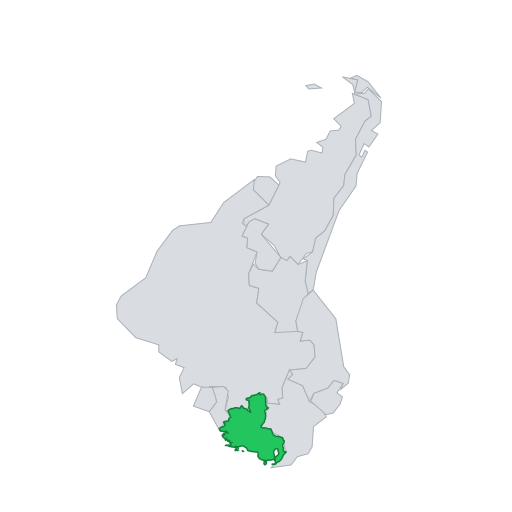 Venezuela on a map of South America (Robinson projection), rotated 195°
{"feature_id": "VEN", "entity_name": "Venezuela", "entity_type": "country or territory", "adm_level": 0, "iso_a3": "VEN", "parent_name": "South America", "parent_adm1": "", "projection": "robinson", "projection_center": [-65.797, 6.433], "detail": "fine", "context": "in_parent", "style": "filled", "palette": "green", "viewbox_px": 512, "rotation_deg": 195, "n_neighbors": 12, "source": "natural_earth", "source_scale": "50m", "svg_char_len": 9706}
<svg xmlns="http://www.w3.org/2000/svg" viewBox="0 0 512 512"><g transform="rotate(195 256 256)"><path d="M203.0,439.7L207.0,446.6L218.9,451.4L203.2,452.4L203.0,439.7ZM256.8,308.4L251.8,333.4L258.0,338.5L259.8,348.1L247.6,358.8L232.5,359.5L233.2,370.4L230.3,372.4L218.9,372.6L219.6,378.5L226.8,381.4L218.6,386.9L216.7,396.0L208.6,399.0L207.3,403.3L216.4,408.7L200.5,428.9L205.1,438.1L188.2,436.1L180.8,420.8L185.6,414.6L190.1,394.5L185.3,379.6L191.2,357.8L189.5,346.6L195.7,332.0L191.9,315.2L196.1,298.0L203.0,288.7L202.3,274.6L207.8,271.6L213.2,258.6L222.9,264.4L224.9,259.6L230.8,259.8L241.0,270.8L256.6,278.4L252.1,290.0L266.9,291.6L275.1,280.7L277.3,288.9L256.8,308.4Z" fill="#d9dde1" stroke="#a8b0b8" stroke-width="1"/><path d="M203.0,439.7L203.2,452.4L210.6,452.5L205.4,456.5L192.9,453.4L176.2,440.8L192.2,447.9L195.8,441.4L203.0,439.7ZM196.0,233.4L202.0,244.2L205.2,264.8L209.6,265.5L202.3,274.6L203.0,288.7L196.1,298.0L191.9,315.2L195.7,332.0L189.5,346.6L191.2,357.8L185.3,379.6L190.1,394.5L185.6,414.6L180.8,420.8L188.2,436.1L203.2,437.8L193.2,441.2L190.8,446.6L174.7,437.6L170.6,417.0L177.0,407.0L169.8,405.3L175.2,390.5L180.6,392.6L182.6,380.4L179.4,378.8L178.2,386.2L175.1,385.3L179.7,362.0L177.5,349.6L187.5,321.5L193.6,256.0L192.0,237.9L196.0,233.4Z" fill="#d9dde1" stroke="#a8b0b8" stroke-width="1"/><path d="M236.3,435.2L248.4,431.0L251.9,433.5L244.3,437.2L236.3,435.2Z" fill="#d9dde1" stroke="#a8b0b8" stroke-width="1"/><path d="M256.8,308.4L275.7,319.3L278.4,323.3L275.1,333.2L263.1,336.0L252.2,330.3L256.8,308.4Z" fill="#d9dde1" stroke="#a8b0b8" stroke-width="1"/><path d="M277.4,329.5L275.7,319.3L256.8,308.4L277.3,288.9L277.6,284.1L272.6,281.8L274.5,271.6L268.8,271.2L266.9,261.7L256.0,260.2L258.5,236.9L254.8,225.8L244.9,225.5L243.2,210.8L217.7,197.7L218.0,186.9L202.8,194.4L190.9,194.4L191.2,185.3L182.3,188.7L176.9,185.2L172.8,173.7L178.5,160.3L194.2,154.5L196.7,135.7L193.5,125.8L197.7,123.1L194.6,118.8L206.5,116.9L209.0,122.3L217.0,124.3L228.4,115.9L223.7,114.2L220.8,104.9L229.8,106.6L242.2,98.1L246.1,99.2L246.2,112.6L251.1,121.2L267.0,118.2L267.1,114.1L283.1,116.4L291.5,104.0L298.6,118.7L296.5,129.5L305.7,130.4L305.9,136.3L309.9,132.4L325.2,138.2L326.8,145.0L351.0,146.0L373.8,159.6L378.1,172.6L375.9,182.4L356.8,206.5L352.8,235.1L343.2,259.2L337.6,265.4L308.3,276.7L301.1,299.2L277.4,329.5Z" fill="#d9dde1" stroke="#a8b0b8" stroke-width="1"/><path d="M196.2,194.0L218.0,186.9L217.7,197.7L243.2,210.8L244.9,225.5L254.8,225.8L258.5,236.9L256.6,247.6L250.1,243.9L236.3,245.6L231.6,261.1L224.9,259.6L222.9,264.4L213.2,258.6L205.2,264.8L202.0,244.2L196.0,233.4L200.7,203.6L196.2,194.0Z" fill="#d9dde1" stroke="#a8b0b8" stroke-width="1"/><path d="M194.2,154.5L178.5,160.3L172.8,173.7L176.9,185.2L182.3,188.7L191.2,185.3L190.9,194.4L196.2,194.0L200.7,203.6L199.3,227.0L192.0,237.9L162.6,216.0L142.6,171.7L134.8,165.4L133.9,157.1L139.6,149.2L138.9,155.3L148.4,156.0L152.6,146.8L164.5,138.3L166.8,129.3L177.5,142.7L193.4,145.2L190.0,151.2L194.2,154.5Z" fill="#d9dde1" stroke="#a8b0b8" stroke-width="1"/><path d="M210.0,121.5L206.5,116.9L194.6,118.8L197.7,123.1L193.5,125.8L196.7,135.7L194.2,154.5L190.0,151.2L193.4,145.2L177.5,142.7L166.8,129.3L154.7,126.6L146.5,118.9L156.3,106.1L152.4,86.1L154.6,78.4L164.1,72.9L168.1,63.2L186.5,55.5L176.4,74.6L183.4,87.5L207.6,92.8L205.1,112.2L210.0,121.5Z" fill="#d9dde1" stroke="#a8b0b8" stroke-width="1"/><path d="M264.2,117.7L253.7,121.5L247.9,118.4L246.1,99.2L238.6,93.6L247.2,79.3L260.9,93.5L256.3,104.9L264.2,117.7Z" fill="#d9dde1" stroke="#a8b0b8" stroke-width="1"/><path d="M274.7,115.3L264.2,117.7L258.6,109.2L256.3,104.9L260.9,93.5L277.6,94.8L274.7,115.3Z" fill="#d9dde1" stroke="#a8b0b8" stroke-width="1"/><path d="M165.4,129.9L164.5,138.3L152.6,146.8L148.4,156.0L138.9,155.3L142.4,144.8L136.1,142.3L136.3,135.3L140.7,124.4L147.2,120.8L165.4,129.9Z" fill="#d9dde1" stroke="#a8b0b8" stroke-width="1"/><path d="M255.0,248.8L256.0,260.2L266.9,261.7L268.8,271.2L274.5,271.6L271.6,287.1L266.9,291.6L252.1,290.0L256.6,278.4L231.6,261.1L236.3,245.6L250.1,243.9L255.0,248.8Z" fill="#d9dde1" stroke="#a8b0b8" stroke-width="1"/><path d="M245.9,78.2L246.8,79.7L246.8,79.8L246.7,80.0L246.1,80.3L246.0,80.5L245.8,81.2L245.0,81.5L244.5,82.0L244.0,82.5L243.3,82.6L243.1,82.8L242.8,83.6L242.6,83.9L242.2,84.2L242.2,84.5L242.7,85.3L242.8,85.5L242.6,85.9L242.7,86.2L242.9,86.5L243.2,86.6L243.5,86.4L243.9,86.4L244.2,86.5L244.3,86.6L244.3,86.9L244.1,87.4L243.9,87.7L242.9,88.3L242.2,88.8L241.7,88.7L241.4,88.7L241.1,89.0L240.2,89.1L239.8,89.5L239.7,89.9L240.0,90.7L240.0,91.1L240.1,92.1L239.9,92.3L239.6,92.6L239.2,93.1L238.7,93.7L238.8,93.9L242.1,98.1L242.5,98.3L242.9,99.3L242.9,99.6L242.7,99.9L242.5,100.3L242.1,100.6L241.3,101.2L241.0,101.8L240.8,102.1L240.2,102.2L239.3,102.2L238.9,102.7L238.3,102.8L237.9,103.5L236.5,104.1L235.1,104.5L234.7,104.6L233.4,104.3L233.1,104.4L232.4,105.0L232.1,105.0L231.8,105.1L231.7,105.6L231.5,107.2L231.1,107.6L230.5,107.6L230.1,107.1L229.6,106.7L228.8,105.7L228.5,105.6L228.3,105.6L227.5,105.9L226.9,105.6L225.0,105.7L224.7,105.4L224.4,104.8L224.1,104.5L223.7,104.4L222.0,104.4L221.9,104.3L221.6,103.8L221.3,103.6L220.9,103.6L220.8,103.9L221.4,104.7L221.6,105.2L222.1,105.8L223.6,107.2L223.9,107.7L223.9,109.1L223.9,110.0L224.3,111.1L224.9,112.4L225.0,113.1L224.9,113.7L224.8,114.0L225.5,114.4L226.6,114.5L227.3,114.5L228.3,114.7L228.4,115.1L228.3,115.8L228.0,116.2L227.9,116.3L227.3,116.4L226.7,116.8L225.9,117.2L225.4,117.3L225.0,117.5L224.9,117.7L224.7,118.5L224.5,119.4L224.0,119.9L223.5,120.3L223.0,120.4L222.5,120.4L222.3,120.5L221.6,121.3L221.2,121.5L220.8,121.5L220.3,121.7L219.7,122.1L219.3,122.4L218.9,122.9L218.5,123.5L217.9,123.8L217.4,124.9L216.9,124.9L216.9,124.5L217.1,124.0L216.9,123.5L216.5,123.2L216.3,123.1L216.1,123.2L215.6,123.4L214.6,124.2L214.3,124.3L213.0,124.5L212.8,124.4L212.3,124.1L210.0,121.7L209.9,121.3L210.0,120.9L209.7,120.3L209.6,119.7L209.4,119.5L209.4,119.0L208.9,117.5L208.7,117.1L208.8,116.8L208.7,116.5L208.5,116.3L208.2,115.5L208.3,115.1L208.2,114.8L207.7,114.3L207.3,113.8L206.8,113.3L206.4,113.0L206.2,112.5L206.1,112.4L205.9,112.4L205.3,112.2L204.8,112.4L204.8,112.0L205.0,111.8L206.7,110.1L207.5,109.3L207.6,109.1L207.7,108.7L206.7,107.1L206.2,106.6L205.9,106.0L205.5,104.7L205.2,104.1L205.2,103.5L205.2,103.0L205.1,102.5L204.9,102.2L204.9,101.3L205.1,99.7L205.1,98.5L205.0,97.7L205.2,97.1L205.7,96.6L206.0,96.0L206.1,95.1L206.3,94.3L206.9,93.8L207.1,93.2L206.9,92.6L206.8,92.3L206.4,91.9L205.6,91.7L204.9,91.6L204.4,91.9L203.4,92.2L201.7,92.4L200.3,92.4L199.2,92.2L198.4,92.3L197.9,92.7L197.5,92.8L197.3,92.5L197.0,92.5L196.7,92.6L195.0,90.4L193.2,87.8L193.0,87.7L192.3,87.7L191.6,87.6L190.9,87.2L190.2,86.9L189.8,86.9L189.4,87.0L188.4,87.5L187.8,87.5L187.3,87.5L186.0,87.3L185.2,87.2L183.8,87.5L183.2,87.2L182.8,86.8L182.1,85.2L181.2,85.0L180.9,84.7L180.7,84.3L180.7,83.8L180.9,81.7L181.4,81.0L181.2,79.8L181.1,79.2L179.8,77.8L179.1,74.9L178.8,74.7L178.5,74.8L178.2,74.7L178.0,74.1L177.7,74.0L177.0,74.4L176.3,74.5L176.1,74.4L176.2,74.2L176.9,72.9L177.7,71.6L178.0,70.9L178.4,68.4L178.7,66.7L179.4,65.3L179.7,64.6L180.6,63.3L181.0,63.0L182.0,62.5L183.3,60.1L183.5,59.7L185.7,59.1L186.9,58.6L186.7,58.8L186.4,59.2L186.0,59.4L184.0,59.9L183.5,60.3L183.5,60.8L183.6,61.2L184.2,62.5L184.4,62.9L185.2,63.6L184.7,63.7L184.9,64.6L185.4,65.3L185.4,65.7L185.0,67.0L184.4,67.7L183.9,68.6L183.5,69.0L182.7,70.7L183.3,71.7L183.4,72.3L183.9,73.0L184.3,73.3L184.5,73.6L184.4,74.1L184.6,74.7L184.9,75.1L185.2,75.3L185.7,75.3L186.9,74.8L187.2,74.6L187.4,74.2L188.0,73.5L188.1,72.5L188.2,71.4L188.1,70.6L187.4,69.5L187.1,68.8L186.5,68.0L186.1,66.8L185.9,66.4L185.7,65.0L186.1,64.6L186.1,63.9L187.1,63.7L189.5,62.4L190.9,62.1L192.5,61.5L192.9,61.1L193.2,60.6L193.5,60.5L194.3,61.0L194.8,60.9L194.9,60.5L194.7,59.7L194.2,59.7L192.7,60.0L192.6,59.6L192.6,59.3L192.3,58.4L192.7,57.1L193.1,56.9L193.7,56.7L194.2,57.1L194.5,57.4L194.6,57.8L194.7,58.7L195.0,59.7L195.2,60.3L195.7,60.8L196.0,60.8L196.2,60.7L197.7,60.6L198.7,60.9L199.9,61.1L201.0,61.8L202.1,62.7L202.4,63.4L202.5,64.0L202.7,64.4L202.5,64.8L202.6,65.5L202.9,66.2L203.4,66.7L204.8,66.8L206.3,66.5L208.7,66.2L209.4,66.0L213.3,65.9L214.0,66.2L214.1,66.8L215.4,68.1L216.4,68.3L217.3,68.7L218.2,68.9L219.1,69.2L219.7,69.2L220.1,69.0L220.6,69.0L224.0,66.9L225.9,66.9L226.4,66.6L225.7,66.3L224.2,66.2L223.7,66.4L223.5,65.8L224.0,65.9L225.7,65.7L227.7,65.8L229.3,65.4L230.1,65.3L230.5,65.4L231.8,65.2L234.2,65.5L236.1,65.2L235.9,65.6L235.3,65.8L234.3,65.8L233.5,66.4L231.8,66.3L230.7,66.5L231.1,66.6L231.1,67.1L231.4,67.2L231.8,67.6L231.9,67.9L232.0,68.4L231.9,69.0L231.6,69.3L232.1,69.2L232.3,68.9L232.3,68.6L232.3,68.3L232.6,68.4L232.8,68.6L233.4,70.1L233.8,70.9L234.0,70.8L234.1,70.7L234.3,70.3L234.5,70.5L234.6,70.3L234.7,69.9L234.7,69.7L234.9,69.7L235.1,69.8L235.4,69.9L236.0,70.4L236.3,70.9L236.4,71.2L236.5,71.4L236.7,71.5L236.9,71.8L236.9,71.4L236.7,71.1L236.7,70.7L237.4,70.7L237.6,70.2L238.0,70.5L239.1,71.8L239.5,72.0L240.6,72.2L241.4,72.9L241.8,73.4L241.5,74.0L240.9,74.3L240.6,74.6L240.4,75.0L240.4,75.3L240.2,75.7L240.1,76.5L239.8,77.2L239.4,77.9L237.5,77.9L238.4,78.5L239.1,79.0L239.7,78.6L240.5,78.6L241.4,78.0L241.8,78.0L243.4,78.2L243.8,77.9L244.2,77.7L245.1,77.8L245.9,78.2ZM225.8,62.9L226.0,63.7L225.9,63.8L225.5,64.3L224.7,64.4L224.2,63.9L223.9,64.0L223.1,63.9L222.9,63.8L223.2,63.4L223.9,63.2L224.1,63.4L224.4,63.6L224.9,63.7L225.0,63.3L225.6,62.7L225.8,62.9ZM241.2,76.1L240.4,76.5L240.4,75.9L240.5,75.7L241.2,75.1L241.3,75.2L241.2,75.4L241.5,75.6L241.4,75.8L241.2,76.1ZM218.7,64.2L218.4,64.4L217.9,64.2L217.6,64.0L217.8,63.8L218.2,63.8L218.6,64.1L218.7,64.2ZM241.6,74.7L241.0,74.9L241.2,74.5L241.5,74.4L241.9,74.2L242.1,74.3L241.8,74.5L241.6,74.7Z" fill="#22c55e" stroke="#15803d" stroke-width="1.5"/></g></svg>